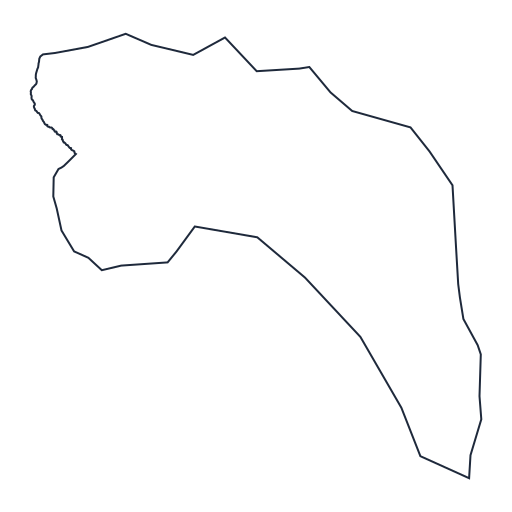 outline of Zu'unbayan-Ulaan, Övörhangay, Mongolia
{"feature_id": "93677404B28761750991664", "entity_name": "Zu'unbayan-Ulaan", "entity_type": "district", "adm_level": 2, "iso_a3": "MNG", "parent_name": "Mongolia", "parent_adm1": "Övörhangay", "projection": "orthographic", "projection_center": [102.472, 46.426], "detail": "fine", "context": "isolated", "style": "outline", "palette": "slate", "viewbox_px": 512, "rotation_deg": 0, "n_neighbors": 0, "source": "geoboundaries", "source_scale": "gbopen_adm2", "svg_char_len": 2554}
<svg xmlns="http://www.w3.org/2000/svg" viewBox="0 0 512 512"><path d="M43.0,54.4L40.3,56.5L39.3,58.7L39.0,61.8L38.7,62.9L38.5,63.7L38.5,64.4L38.3,65.8L38.1,67.4L37.4,68.9L36.2,72.9L35.9,74.3L35.8,75.1L35.8,76.3L35.7,77.9L36.3,79.5L36.8,81.4L36.6,82.5L36.4,83.5L36.0,84.2L35.5,84.7L34.8,85.3L34.4,85.8L33.9,86.4L33.3,87.0L32.5,87.6L32.1,88.4L32.0,89.0L31.4,89.6L31.0,90.3L30.8,90.9L30.7,91.5L30.9,92.0L30.9,92.5L30.9,93.2L30.8,93.8L30.8,94.2L30.9,94.5L31.2,95.0L31.5,95.6L31.6,96.1L31.6,96.8L31.5,97.6L31.6,98.6L31.7,99.1L32.1,99.7L32.5,99.9L32.9,100.3L33.1,100.6L33.2,101.0L33.4,101.4L33.5,101.7L33.7,102.0L34.0,102.5L34.2,102.8L34.7,103.4L34.8,103.9L34.8,104.8L34.1,105.6L33.9,106.2L33.9,106.9L34.2,107.7L34.4,108.2L34.8,108.8L35.0,109.9L35.4,110.5L36.3,110.9L36.8,111.5L37.2,112.2L37.8,112.9L38.8,113.0L39.0,113.1L39.4,113.6L39.9,114.5L40.4,115.4L41.2,116.2L41.4,116.6L41.4,117.2L41.4,117.9L41.7,118.6L42.2,119.4L42.6,119.9L42.8,120.7L43.3,121.3L43.7,121.8L44.0,122.2L44.4,123.2L44.9,124.1L45.9,124.8L46.5,124.8L46.9,124.8L47.3,125.0L47.2,125.9L47.6,126.4L48.3,126.7L48.8,126.8L49.1,126.8L49.4,127.2L49.7,127.4L50.4,127.5L51.5,127.5L51.8,127.7L52.2,128.1L52.5,128.8L52.6,129.1L52.9,129.1L53.3,129.1L53.6,129.5L53.8,129.9L54.1,130.2L54.4,130.4L54.5,130.7L54.5,131.1L54.8,131.6L55.3,131.8L55.8,131.7L56.1,131.6L56.3,131.6L56.5,131.9L56.7,132.2L56.8,132.5L56.7,132.9L56.7,133.2L57.0,133.8L57.3,134.2L58.0,134.2L58.3,134.5L59.0,134.9L59.9,135.0L60.3,135.1L60.6,135.4L60.5,136.3L60.7,136.6L61.2,136.8L61.6,136.8L62.0,136.9L62.0,137.3L62.1,138.1L62.0,138.7L61.9,139.2L62.1,139.5L62.5,139.6L62.7,139.8L62.8,140.5L63.0,141.1L63.2,141.6L63.5,141.8L63.8,142.0L63.8,142.5L64.0,142.6L64.4,142.7L64.8,142.8L65.2,143.2L65.6,143.6L66.0,144.5L66.7,145.0L67.2,145.0L67.7,145.2L67.9,145.4L68.2,146.0L69.6,147.8L69.9,148.0L70.7,148.0L70.9,148.0L71.1,148.2L71.0,148.6L71.0,149.1L71.3,149.6L71.9,150.1L72.7,150.4L73.1,150.6L73.7,150.9L74.3,151.3L74.4,151.9L74.5,152.6L74.8,153.2L75.9,154.0L67.5,162.4L65.2,164.6L63.9,165.9L61.4,167.6L58.5,169.0L53.7,177.3L53.3,196.5L56.7,208.4L61.5,230.5L74.1,251.4L88.4,257.8L101.8,270.2L121.2,265.6L167.6,262.4L176.5,251.5L194.8,226.5L257.3,237.3L305.0,277.6L360.4,336.9L401.4,407.8L420.4,456.2L469.1,478.2L470.5,455.2L481.3,419.3L479.5,396.2L480.8,354.4L477.7,345.2L463.4,319.0L459.9,297.4L458.2,284.1L456.0,246.7L452.5,185.3L429.5,151.4L410.5,127.4L352.2,111.0L330.5,92.4L309.3,67.0L299.3,68.6L256.7,71.2L225.0,37.5L193.2,54.9L151.3,44.9L125.7,33.8L88.0,46.9L54.9,53.0L43.0,54.4Z" fill="none" stroke="#1e293b" stroke-width="2"/></svg>